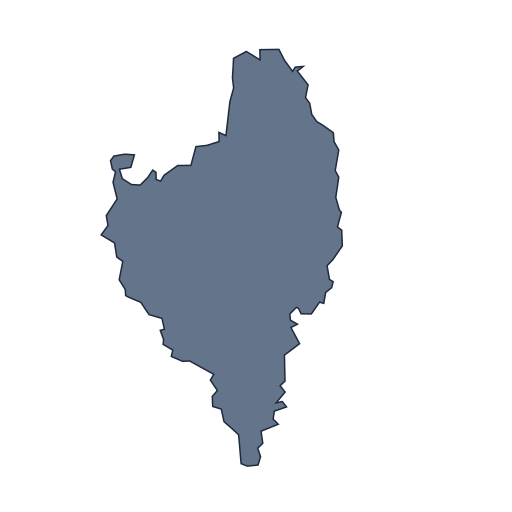 outline of Hormigueros, Puerto Rico, rotated 241°
{"feature_id": "32010507B56909324713626", "entity_name": "Hormigueros", "entity_type": "district", "adm_level": 2, "iso_a3": "PRI", "parent_name": "Puerto Rico", "parent_adm1": "", "projection": "albers", "projection_center": [-67.115, 18.132], "detail": "fine", "context": "isolated", "style": "filled", "palette": "slate", "viewbox_px": 512, "rotation_deg": 241, "n_neighbors": 0, "source": "geoboundaries", "source_scale": "gbopen_adm2", "svg_char_len": 1640}
<svg xmlns="http://www.w3.org/2000/svg" viewBox="0 0 512 512"><g transform="rotate(241 256 256)"><path d="M338.3,377.7L344.1,374.3L352.8,373.4L363.5,377.0L370.5,376.1L380.4,384.5L397.7,381.8L398.9,389.2L402.2,381.9L399.7,377.5L413.3,375.8L425.6,376.2L434.6,359.4L425.5,354.6L439.6,346.7L439.8,332.2L432.4,327.6L423.3,321.8L413.8,317.9L403.8,308.1L375.9,288.1L382.1,283.5L374.0,279.2L376.6,266.6L380.8,256.5L366.8,243.0L373.1,231.4L371.2,214.8L367.7,208.8L371.4,205.8L377.7,209.1L381.2,207.3L377.1,199.3L374.2,189.1L378.9,181.7L388.4,176.6L398.1,178.6L394.2,189.5L403.4,198.7L408.7,190.5L412.3,180.2L410.0,175.0L401.7,172.5L397.8,174.0L389.8,166.7L373.2,162.2L363.9,144.6L354.5,141.4L349.5,130.8L336.0,138.6L322.5,133.7L315.9,136.9L301.5,124.8L290.0,125.4L284.6,122.8L281.6,124.7L271.3,132.8L261.2,133.6L256.5,134.1L247.0,143.5L236.4,140.4L237.4,136.2L227.7,134.7L223.7,131.9L214.1,137.6L209.2,133.2L199.5,140.7L196.3,147.1L173.0,161.7L169.6,155.9L157.1,157.0L154.4,149.7L145.4,145.2L138.9,151.4L126.6,147.7L114.1,152.2L108.0,154.1L81.6,142.3L76.4,146.6L72.2,156.4L78.3,162.7L87.1,164.3L88.9,171.1L100.3,175.5L98.1,193.9L105.0,191.9L111.4,196.8L109.2,209.5L116.0,208.4L117.8,202.5L122.9,215.5L130.9,214.2L132.5,220.7L155.5,232.8L158.2,251.6L176.5,251.9L176.3,259.2L183.1,255.0L188.9,257.4L191.5,266.5L189.4,267.8L183.6,267.4L178.5,276.3L184.8,289.2L181.7,292.3L190.3,299.2L191.6,306.8L196.1,311.0L199.9,308.9L213.1,313.5L215.6,321.6L223.0,336.4L237.0,343.5L241.9,341.3L252.8,351.9L255.7,351.2L268.6,354.2L284.8,366.6L292.3,366.7L308.6,379.8L318.1,379.7L326.3,383.4L338.3,377.7Z" fill="#64748b" stroke="#1e293b" stroke-width="1.5"/></g></svg>